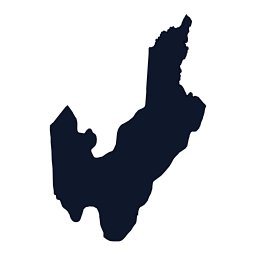 outline of Momostenango, Totonicapán, Guatemala
{"feature_id": "79465075B37040053715230", "entity_name": "Momostenango", "entity_type": "district", "adm_level": 2, "iso_a3": "GTM", "parent_name": "Guatemala", "parent_adm1": "Totonicapán", "projection": "equal_earth", "projection_center": [-91.39, 15.11], "detail": "fine", "context": "isolated", "style": "filled", "palette": "ink", "viewbox_px": 256, "rotation_deg": 0, "n_neighbors": 0, "source": "geoboundaries", "source_scale": "gbopen_adm2", "svg_char_len": 4550}
<svg xmlns="http://www.w3.org/2000/svg" viewBox="0 0 256 256"><path d="M158.4,38.6L158.4,39.0L158.5,39.5L158.4,40.0L158.0,40.2L157.7,40.1L156.7,39.5L156.4,39.6L156.2,39.8L156.1,40.7L156.3,41.1L156.7,41.6L156.7,42.1L155.9,42.6L155.6,43.1L155.6,43.7L155.9,44.0L156.0,44.6L155.6,44.8L154.9,45.2L154.3,46.8L153.8,47.0L153.1,47.1L152.5,47.7L151.7,47.9L150.5,47.9L149.7,47.9L149.4,48.4L149.4,53.3L147.0,88.0L147.0,92.3L146.3,101.3L146.1,103.7L146.0,104.8L145.8,105.7L145.5,106.5L145.2,107.1L144.8,107.6L143.2,108.7L138.8,110.7L136.1,113.6L134.3,116.7L133.3,117.8L129.2,121.2L125.6,123.3L123.6,124.4L122.4,124.9L121.1,126.0L120.0,127.5L118.8,129.4L118.3,131.1L117.8,133.0L116.6,144.4L116.1,145.6L115.3,147.3L114.1,150.0L112.8,151.6L109.4,152.8L105.8,155.0L102.8,157.1L101.4,157.6L99.7,157.9L98.5,158.3L96.8,158.5L95.0,158.3L94.0,157.9L93.2,157.2L90.7,152.0L90.5,150.6L90.5,149.8L90.7,149.2L91.0,148.7L92.3,147.6L93.1,146.8L94.7,145.3L95.8,142.7L96.1,139.4L95.7,136.5L95.0,135.0L92.1,132.7L91.4,130.9L91.1,130.2L90.2,129.3L88.8,129.3L87.0,130.9L85.4,133.4L84.6,134.1L83.7,134.1L79.6,133.4L78.8,133.3L77.9,132.8L77.2,131.9L76.7,130.7L76.5,128.9L76.6,123.1L76.3,121.0L75.8,119.1L75.4,118.2L75.1,118.2L73.0,114.5L72.3,113.4L72.3,113.0L71.2,111.4L67.5,106.2L66.2,107.3L58.0,117.6L53.5,123.3L52.4,123.9L51.6,125.2L51.0,125.3L50.7,125.8L50.6,129.9L51.1,135.5L51.4,137.0L51.4,142.0L52.2,151.0L52.5,160.1L53.3,168.4L53.7,185.3L54.5,190.9L54.5,193.3L54.9,194.1L56.6,194.6L56.9,197.9L57.4,198.8L60.2,199.5L60.5,199.9L60.8,200.5L62.8,206.0L64.2,207.6L65.5,208.4L67.8,210.4L68.7,211.7L69.6,213.5L70.5,214.7L70.5,215.5L70.9,216.8L71.4,218.2L72.9,220.2L74.1,221.0L75.0,221.3L76.2,221.4L77.0,221.3L77.8,221.1L78.7,220.6L79.2,220.0L79.6,219.4L81.7,213.4L83.0,208.8L85.4,206.5L89.7,205.6L93.8,205.9L97.4,207.9L99.1,211.4L100.0,214.7L100.0,217.4L100.3,218.0L100.9,224.1L101.1,225.2L101.6,225.8L101.6,226.6L103.3,230.4L103.9,231.9L104.2,232.4L104.2,236.6L107.0,238.7L109.3,239.9L110.1,240.3L113.3,240.6L118.4,240.6L120.0,240.4L121.8,239.5L123.0,238.5L123.3,238.1L124.3,237.1L126.2,234.7L127.6,232.9L130.4,230.1L132.3,226.9L134.4,224.0L135.3,222.9L135.8,220.9L136.5,214.2L137.4,214.5L137.5,211.7L138.4,208.3L139.7,206.6L141.8,205.5L144.1,204.0L147.0,200.4L148.5,196.4L150.3,193.1L151.6,188.5L151.6,186.6L152.3,181.8L153.7,180.3L160.6,175.2L162.8,172.9L164.2,171.4L164.6,170.9L168.9,165.8L170.4,163.4L173.1,158.4L174.7,156.5L175.0,156.2L177.8,153.4L178.5,152.3L183.4,149.0L185.0,147.9L186.6,145.7L188.0,138.8L188.7,136.5L189.0,134.7L190.3,131.9L191.9,130.8L194.9,130.9L196.0,130.6L198.4,128.0L198.8,127.0L199.1,126.3L199.5,125.9L200.5,122.2L202.3,117.8L202.3,116.9L202.9,115.5L203.7,112.6L204.4,108.4L205.4,106.2L204.8,105.1L202.8,103.2L198.1,97.6L195.4,96.6L194.3,96.7L193.5,97.5L192.7,97.3L192.0,96.2L192.0,94.2L191.5,93.4L190.5,92.8L189.6,93.4L188.3,95.3L187.5,95.9L186.6,95.9L185.8,94.9L185.4,93.4L184.4,91.7L183.2,88.9L181.7,86.6L180.7,85.6L179.5,85.2L178.5,84.1L178.7,82.4L178.3,81.5L178.6,80.6L179.7,79.7L179.6,77.2L180.1,76.1L179.9,75.4L179.4,74.8L179.4,73.5L179.7,72.6L180.5,72.2L181.0,71.4L180.7,69.8L180.2,69.1L179.5,68.9L179.6,67.5L179.2,66.3L179.3,65.3L180.3,64.4L182.3,59.4L182.9,58.8L183.8,58.8L184.5,58.3L186.0,54.9L186.0,54.1L186.1,53.5L186.4,53.0L186.8,52.5L186.8,51.7L186.7,51.2L186.7,50.8L186.9,50.2L187.2,49.9L187.5,49.6L187.8,49.0L187.9,48.3L187.8,47.8L187.5,47.3L187.2,47.2L186.6,47.2L186.1,47.0L185.8,46.9L185.4,46.5L185.2,45.5L185.3,45.0L185.1,44.6L184.6,44.0L184.5,43.7L184.2,43.1L183.8,42.5L183.8,42.0L184.1,41.5L184.5,41.5L184.9,41.8L185.3,42.1L185.7,42.3L186.3,42.1L186.8,41.6L187.1,41.1L187.2,40.6L187.2,40.0L187.2,38.3L187.1,37.6L186.9,37.0L186.7,36.3L186.7,35.9L186.7,35.5L186.7,35.1L186.7,34.5L187.0,34.0L187.2,33.6L187.4,33.2L187.6,32.8L188.0,32.2L188.4,31.8L188.6,31.3L188.5,30.6L188.2,29.6L188.2,29.2L188.2,28.4L188.4,27.5L188.6,27.1L188.8,26.6L189.1,26.1L189.6,25.8L190.2,25.8L191.2,22.1L191.2,21.7L191.2,21.1L191.0,20.7L190.3,19.8L190.0,19.1L189.7,18.5L189.2,17.9L188.4,17.3L187.3,16.5L186.9,16.1L186.6,15.8L186.4,15.4L185.8,16.2L185.0,17.9L184.0,19.3L183.3,21.1L182.5,22.8L181.6,26.2L180.6,26.3L179.6,27.8L177.4,28.1L176.9,28.7L176.2,28.9L174.5,28.7L173.2,27.0L172.8,27.5L172.4,27.9L170.7,27.5L170.4,27.7L170.2,28.1L169.6,29.9L168.7,29.8L168.2,30.1L168.0,30.6L167.9,31.9L167.6,32.4L166.2,32.3L164.1,31.4L163.6,31.5L163.0,32.3L162.2,32.3L161.8,32.7L161.5,34.1L161.2,34.3L160.9,34.4L160.6,34.9L160.7,35.3L160.8,35.6L160.6,36.5L160.4,36.9L160.0,37.2L159.2,37.2L158.8,37.5L158.4,38.6Z" fill="#0f172a" stroke="#020617" stroke-width="1.5"/></svg>